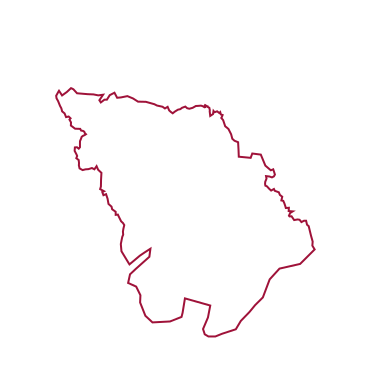 Vavatsinia, Larnaca, Cyprus (Equal Earth projection), rotated 158°
{"feature_id": "46923920B57203172631689", "entity_name": "Vavatsinia", "entity_type": "district", "adm_level": 2, "iso_a3": "CYP", "parent_name": "Cyprus", "parent_adm1": "Larnaca", "projection": "equal_earth", "projection_center": [33.234, 34.887], "detail": "fine", "context": "isolated", "style": "outline", "palette": "rose", "viewbox_px": 384, "rotation_deg": 158, "n_neighbors": 0, "source": "geoboundaries", "source_scale": "gbopen_adm2", "svg_char_len": 2966}
<svg xmlns="http://www.w3.org/2000/svg" viewBox="0 0 384 384"><g transform="rotate(158 192 192)"><path d="M99.8,92.8L100.5,97.2L98.7,100.8L98.0,107.1L96.6,116.6L97.6,118.6L97.0,122.6L99.0,123.4L101.8,123.1L102.7,126.0L104.4,127.0L107.8,127.7L108.8,132.2L110.7,132.8L111.0,133.7L108.8,135.8L105.9,136.3L109.5,138.1L108.1,141.1L111.0,142.0L110.8,143.8L110.6,146.9L110.7,149.6L112.3,150.7L110.1,153.8L111.6,156.4L111.6,159.2L112.6,160.1L114.8,162.1L114.9,164.1L118.1,163.7L119.2,166.0L120.4,169.2L121.6,170.4L121.2,172.2L120.3,174.0L117.9,176.5L117.4,179.0L114.3,177.3L112.4,175.6L110.2,175.8L108.6,177.1L108.4,179.4L108.2,182.6L110.8,182.6L114.1,189.0L114.2,200.9L121.7,205.1L124.8,201.7L135.4,207.2L133.2,213.3L130.6,220.9L133.4,223.6L134.7,226.3L134.6,226.9L134.1,230.9L134.6,236.8L135.7,238.9L136.6,240.5L136.2,247.0L137.1,249.7L136.4,250.2L134.8,251.9L136.2,253.1L135.9,255.5L137.1,255.0L138.5,257.4L141.2,257.5L141.7,259.1L143.3,256.4L146.6,255.7L145.4,260.1L144.8,261.3L144.4,263.6L145.6,265.0L145.4,265.5L146.2,266.2L147.3,267.7L147.8,267.4L148.3,266.7L148.2,265.8L148.7,265.9L149.7,267.3L151.0,268.5L151.9,268.9L154.2,269.6L156.2,270.3L159.9,269.8L163.3,270.2L165.1,271.5L166.2,273.7L169.7,273.8L171.8,273.2L174.2,273.6L177.7,273.0L180.4,272.2L181.7,274.3L182.6,276.2L182.7,280.1L185.8,279.6L187.4,282.1L192.1,285.3L194.0,287.5L201.0,292.9L208.2,296.0L211.7,300.9L215.9,305.0L216.0,305.1L222.4,306.3L226.1,307.4L226.7,313.1L232.0,312.6L236.3,309.5L238.6,310.4L243.0,309.2L243.5,311.8L238.0,315.5L242.7,316.7L246.8,319.4L251.9,321.7L261.6,326.6L263.5,331.7L265.3,333.6L270.6,331.6L276.3,330.2L277.4,335.7L277.7,335.5L281.9,332.1L282.5,329.6L282.1,326.5L282.1,321.8L282.1,321.3L281.8,318.5L282.2,315.4L280.7,312.6L280.7,308.6L278.1,308.2L277.0,305.8L278.5,305.0L278.1,301.9L279.4,299.0L278.3,297.2L276.7,294.5L272.0,292.4L271.8,290.5L270.2,289.5L269.3,288.3L269.3,286.6L268.7,285.3L270.1,285.0L272.1,284.9L273.6,284.5L275.0,282.9L276.8,281.1L277.7,279.0L279.1,275.5L280.8,274.6L281.9,276.6L283.9,277.2L285.4,274.1L285.0,269.9L285.0,268.4L286.6,266.7L285.1,264.1L285.9,261.2L286.9,259.1L287.4,256.0L285.2,253.3L282.2,252.9L279.5,252.0L275.8,251.7L274.0,249.6L270.8,251.7L270.7,247.8L268.8,243.7L271.8,237.3L274.4,231.2L276.1,229.1L273.3,225.7L275.2,225.6L275.3,222.2L272.5,222.2L272.8,217.4L273.9,212.2L272.1,208.6L272.5,205.9L270.2,202.3L271.3,199.4L269.2,198.8L269.2,198.6L269.1,196.5L268.9,194.1L268.7,191.4L267.6,189.0L267.2,186.7L269.4,183.6L270.9,181.1L271.8,178.2L273.4,176.6L274.3,175.3L277.5,170.4L279.6,163.5L277.4,149.9L277.1,148.3L264.2,152.5L258.6,153.7L251.8,155.0L255.8,147.9L272.8,141.8L280.3,138.9L285.3,131.6L279.2,125.2L278.5,115.6L281.5,109.0L281.6,94.7L277.5,85.9L260.9,80.2L248.5,80.1L246.0,83.5L238.4,96.0L217.6,79.9L224.2,69.7L233.1,60.8L233.5,55.3L230.9,51.9L224.5,49.3L217.3,49.3L202.8,48.3L195.0,54.2L183.7,59.2L175.8,63.5L165.8,67.7L152.7,81.9L139.6,88.2L118.7,84.8L99.8,92.8Z" fill="none" stroke="#9f1239" stroke-width="2"/></g></svg>